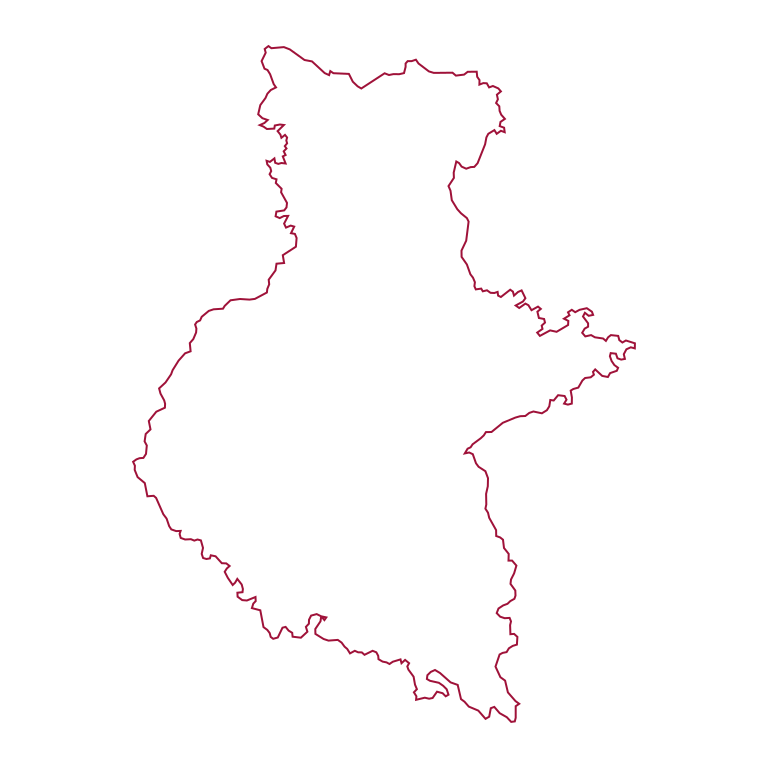 the district of Pitanga, Paraná, Brazil, rotated 90°
{"feature_id": "56859067B90114690240783", "entity_name": "Pitanga", "entity_type": "district", "adm_level": 2, "iso_a3": "BRA", "parent_name": "Brazil", "parent_adm1": "Paraná", "projection": "mercator", "projection_center": [-51.781, -24.675], "detail": "fine", "context": "isolated", "style": "outline", "palette": "rose", "viewbox_px": 768, "rotation_deg": 90, "n_neighbors": 0, "source": "geoboundaries", "source_scale": "gbopen_adm2", "svg_char_len": 6112}
<svg xmlns="http://www.w3.org/2000/svg" viewBox="0 0 768 768"><g transform="rotate(90 384 384)"><path d="M616.3,446.8L621.3,447.5L629.0,452.7L633.9,452.6L639.0,444.4L640.6,439.5L639.9,430.2L642.6,426.4L646.7,423.4L648.9,420.8L653.4,418.0L650.8,413.2L652.3,409.9L652.4,406.2L654.8,403.5L650.8,395.4L652.3,391.7L655.8,389.8L659.2,389.5L661.6,385.4L662.4,381.4L664.0,378.6L661.7,375.1L659.4,367.5L663.2,366.5L659.9,362.9L663.2,358.9L666.4,360.7L669.6,359.6L676.7,354.4L684.6,353.0L689.2,351.1L692.3,354.1L696.3,351.6L699.8,351.9L697.7,343.2L698.7,338.9L698.0,335.4L691.7,331.0L693.2,325.4L696.3,322.3L694.7,319.5L689.3,321.3L685.8,324.8L682.8,329.1L680.8,338.0L679.0,341.1L675.2,340.6L671.9,337.2L670.0,333.0L673.0,328.0L682.4,317.4L684.9,310.3L699.1,307.0L701.7,303.5L706.6,299.2L710.6,289.7L718.8,282.5L716.7,278.8L708.2,277.2L706.9,273.7L713.2,268.3L717.2,261.2L721.9,256.8L721.4,253.2L717.8,252.3L706.2,252.3L703.8,248.8L701.1,252.5L692.4,260.1L680.6,262.9L677.2,267.6L666.6,272.5L654.5,268.4L652.9,265.4L652.1,261.4L648.3,259.1L645.9,255.3L644.6,251.1L636.9,250.6L633.9,253.9L634.2,257.6L625.1,257.9L621.4,257.0L617.9,258.4L618.2,263.3L616.7,267.8L613.1,271.3L608.5,269.5L605.4,264.8L603.8,260.5L601.1,257.7L598.8,253.6L595.6,252.5L590.5,252.7L583.9,257.5L579.5,257.0L573.4,253.9L565.6,251.6L560.6,255.9L560.6,259.5L553.9,259.3L548.0,264.0L539.7,265.0L537.4,267.9L536.0,271.8L530.1,271.9L517.8,278.8L512.7,280.0L508.7,282.6L504.5,281.7L493.9,281.9L486.3,280.2L478.2,280.0L471.2,282.6L466.8,289.4L463.3,292.0L454.2,295.2L452.5,298.8L453.4,303.2L448.7,300.4L447.3,297.4L444.3,295.4L438.3,287.3L435.4,284.2L432.1,282.1L432.0,276.5L422.8,265.2L417.6,252.7L416.2,247.8L416.0,242.7L412.9,238.7L411.5,234.6L413.3,226.1L410.2,221.1L406.3,218.7L400.0,217.7L400.5,214.3L395.2,209.9L396.0,203.4L399.7,201.5L403.6,203.9L404.6,200.1L403.6,196.2L397.4,196.1L390.6,197.3L389.0,194.7L387.6,189.7L380.5,185.6L378.0,182.9L377.3,177.3L374.7,174.1L371.9,175.0L369.4,172.8L375.9,165.8L377.0,160.1L373.1,157.9L370.8,151.2L367.8,149.9L365.1,153.6L361.0,156.4L356.2,158.1L353.1,157.3L353.7,152.1L358.3,150.5L359.6,146.8L358.9,143.1L354.2,144.2L349.3,141.6L347.3,137.2L348.4,133.2L343.3,133.1L340.5,142.1L342.5,145.6L340.1,148.7L335.9,149.8L335.1,157.1L337.3,159.9L340.9,162.1L338.5,164.9L337.3,173.1L335.1,176.9L336.4,182.7L332.8,185.8L328.6,183.3L326.7,179.9L323.3,179.9L316.5,185.0L312.8,183.1L315.8,179.3L314.9,174.9L311.7,176.1L308.2,181.2L309.8,188.4L312.2,192.8L309.8,196.2L312.3,200.0L315.3,198.5L318.7,204.0L320.9,199.7L325.0,199.9L331.8,211.4L330.4,217.9L335.9,228.1L332.6,230.8L328.9,225.5L325.6,226.3L322.6,223.0L319.0,223.9L318.0,229.1L311.7,230.6L308.9,227.2L306.6,230.0L310.2,236.5L305.2,239.6L303.6,242.6L308.0,248.8L305.5,252.3L301.5,245.0L298.2,242.6L290.4,246.4L292.0,250.0L295.6,254.0L291.6,255.1L289.7,257.8L297.0,267.1L295.6,269.9L291.9,270.4L293.0,273.7L292.8,277.5L290.3,281.0L291.3,285.2L288.6,286.8L289.4,292.2L286.2,293.6L282.2,293.1L277.7,295.0L274.3,297.6L264.5,301.1L256.9,306.4L250.6,306.5L240.7,301.8L221.6,299.4L218.1,301.1L213.3,307.0L209.2,310.7L200.2,316.2L190.7,317.5L186.1,319.5L177.9,314.1L172.6,314.3L161.5,311.7L163.1,308.9L166.6,306.4L168.7,301.8L167.1,297.3L166.9,293.7L163.2,290.4L144.3,282.9L137.4,281.6L133.8,279.7L130.1,273.6L133.8,271.3L130.8,267.1L132.2,263.3L127.7,263.9L126.1,268.3L121.9,267.5L118.9,263.1L114.7,266.8L110.9,268.4L106.3,268.7L103.0,271.9L99.3,270.1L94.7,271.1L91.4,267.1L88.4,269.7L86.0,275.1L87.4,278.9L83.3,281.2L83.1,284.7L84.6,288.6L80.1,288.5L76.8,290.8L71.7,291.3L71.8,300.3L74.6,303.9L75.6,312.1L72.7,315.5L72.9,334.2L71.4,339.1L63.5,349.5L59.7,352.1L61.1,356.3L61.1,360.3L63.5,362.4L66.9,362.4L73.1,364.0L74.2,368.8L74.1,374.5L75.0,379.0L73.3,383.4L88.5,406.7L86.3,410.4L81.7,415.2L73.9,419.1L73.2,434.6L71.1,437.7L75.1,438.9L73.1,443.3L61.4,456.0L60.0,463.5L49.4,478.2L47.1,484.1L48.2,496.6L46.1,499.6L49.0,503.3L52.7,502.3L61.1,506.4L68.7,503.5L70.0,500.5L74.2,497.9L84.1,494.3L87.4,492.0L90.0,497.2L93.7,500.6L98.0,502.5L105.1,507.7L114.3,509.8L118.2,505.6L120.0,500.3L123.0,503.6L125.1,508.2L126.6,504.5L129.0,501.1L128.6,493.7L125.5,493.2L124.5,488.1L125.0,484.1L131.1,490.4L134.6,487.6L137.8,486.6L134.9,483.0L137.5,480.9L140.5,481.7L143.3,480.9L146.1,483.2L148.5,481.5L151.3,484.3L155.0,482.4L156.4,485.2L163.5,482.4L163.0,486.6L163.9,489.7L162.8,492.8L158.4,493.6L161.9,498.1L160.8,501.4L164.4,500.7L167.7,497.7L171.1,496.8L174.2,498.4L177.9,496.0L179.3,491.5L183.0,492.2L188.8,486.4L192.3,486.9L202.9,481.0L207.4,481.5L210.4,483.8L211.6,491.6L216.3,492.4L218.1,488.3L216.0,484.1L215.9,479.9L223.6,483.9L227.6,482.0L225.6,477.3L226.6,473.8L233.2,477.0L233.9,473.1L238.0,471.4L246.7,472.1L255.2,485.2L263.0,483.9L263.7,491.5L270.4,492.5L279.7,499.3L284.3,498.8L288.9,500.7L292.5,501.1L298.9,513.1L299.6,518.5L299.0,528.0L300.3,537.5L305.9,543.3L308.7,545.0L309.3,554.4L310.9,559.2L316.8,566.3L320.4,567.9L322.0,571.2L324.5,572.9L328.6,571.6L332.5,571.9L339.1,574.7L343.1,578.2L351.3,577.4L353.3,582.9L360.6,589.4L370.2,595.4L374.3,596.9L382.5,602.5L388.4,608.9L393.6,607.5L400.4,603.8L403.8,602.9L407.7,603.1L411.7,611.7L421.0,619.2L429.4,617.5L434.0,622.3L441.4,623.4L445.5,621.2L453.9,622.0L457.9,624.6L458.2,628.5L459.4,631.6L461.8,634.9L465.7,633.1L469.9,633.3L477.1,630.4L483.1,623.2L496.3,620.6L495.8,614.3L497.9,611.9L514.2,604.7L518.6,601.4L526.2,598.8L529.4,596.7L531.1,591.8L530.9,587.4L533.9,588.4L537.9,587.3L539.5,582.9L539.2,577.1L540.6,573.7L539.5,570.5L540.4,567.1L547.9,565.0L553.9,566.3L558.0,564.9L559.0,561.6L558.4,558.1L555.3,557.2L556.3,552.4L563.2,546.2L563.4,541.7L566.0,538.4L568.5,541.2L571.8,543.3L577.8,540.2L585.0,535.3L582.7,532.9L578.9,530.7L584.5,526.3L589.0,525.1L592.2,525.5L592.7,530.6L596.7,530.4L600.1,525.8L600.5,521.1L597.0,512.5L601.1,512.3L603.6,514.7L608.1,516.1L610.3,507.7L627.1,504.5L629.9,500.7L633.1,498.3L636.9,497.3L638.8,494.8L637.5,490.2L627.7,485.5L626.9,482.4L630.6,479.4L632.8,475.8L636.7,475.4L637.7,467.1L631.7,460.6L626.9,462.1L623.7,459.1L619.8,459.0L615.6,456.9L614.1,451.3L616.3,446.8ZM616.3,446.8L617.4,441.7L620.1,443.6L616.3,446.8Z" fill="none" stroke="#9f1239" stroke-width="2"/></g></svg>